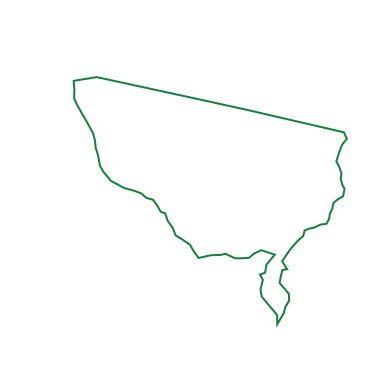 Cedro, Pernambuco, Brazil, rotated 197°
{"feature_id": "56859067B25789098180708", "entity_name": "Cedro", "entity_type": "district", "adm_level": 2, "iso_a3": "BRA", "parent_name": "Brazil", "parent_adm1": "Pernambuco", "projection": "albers", "projection_center": [-39.221, -7.727], "detail": "fine", "context": "isolated", "style": "outline", "palette": "green", "viewbox_px": 384, "rotation_deg": 197, "n_neighbors": 0, "source": "geoboundaries", "source_scale": "gbopen_adm2", "svg_char_len": 1151}
<svg xmlns="http://www.w3.org/2000/svg" viewBox="0 0 384 384"><g transform="rotate(197 192 192)"><path d="M71.8,90.5L68.8,103.0L69.1,109.7L67.3,116.4L69.6,122.9L74.6,126.2L81.7,130.6L82.5,138.6L82.8,143.7L78.5,146.0L85.5,152.2L83.1,160.2L80.8,167.1L76.6,176.3L72.8,182.4L73.0,188.1L69.3,191.2L64.9,193.6L59.6,198.4L54.0,201.0L53.0,206.7L53.8,211.3L53.0,217.2L53.5,223.1L50.7,227.2L46.3,232.1L47.0,239.5L50.4,242.9L53.7,248.3L54.5,253.4L58.9,259.5L62.9,263.4L62.9,271.2L62.3,281.2L59.4,288.1L64.2,293.5L163.4,286.6L227.9,281.4L235.9,280.7L316.7,274.0L337.7,263.7L334.6,256.0L332.0,247.0L327.1,241.4L311.2,226.5L303.7,219.2L299.7,212.6L297.2,206.4L292.5,199.5L287.8,190.3L283.1,185.7L272.7,178.9L267.4,177.9L258.7,176.1L253.3,176.1L247.5,176.3L240.1,175.8L233.8,173.0L226.9,173.2L221.5,169.1L216.2,164.0L211.4,163.7L206.8,157.3L199.8,151.9L195.1,145.8L186.5,143.5L178.5,140.9L172.5,135.3L166.3,130.9L155.6,137.0L146.5,140.1L141.9,142.7L131.6,141.2L125.5,143.0L118.1,145.8L114.8,151.1L108.8,156.6L94.5,156.3L99.6,144.2L98.5,136.3L102.8,132.9L98.5,128.6L98.0,118.9L94.7,112.3L74.6,99.2L71.8,90.5Z" fill="none" stroke="#15803d" stroke-width="2"/></g></svg>